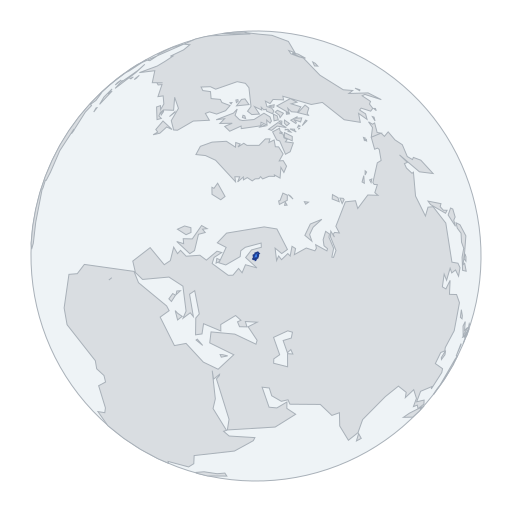 Central Finland on an orthographic globe, rotated 32°
{"feature_id": "FIN-3177", "entity_name": "Central Finland", "entity_type": "Province", "adm_level": 1, "iso_a3": "FIN", "parent_name": "Finland", "parent_adm1": "", "projection": "orthographic", "projection_center": [25.479, 62.526], "detail": "medium", "context": "on_globe", "style": "filled", "palette": "blue", "viewbox_px": 512, "rotation_deg": 32, "n_neighbors": 0, "source": "natural_earth", "source_scale": "10m", "svg_char_len": 12175}
<svg xmlns="http://www.w3.org/2000/svg" viewBox="0 0 512 512"><g transform="rotate(32 256 256)"><circle cx="256" cy="256" r="225" fill="#eef3f6" stroke="#a8b0b8"/><path d="M50.3,164.1L54.1,156.2L89.7,104.0L96.1,97.4L100.4,93.6L133.6,70.6L109.3,85.4L118.2,78.3L129.2,71.1L127.9,72.5L141.8,65.9L152.6,60.4L169.8,56.9L181.3,62.9L174.9,64.4L178.4,66.0L186.6,64.4L191.2,63.0L214.4,68.8L241.9,68.8L250.3,64.4L248.6,69.0L264.6,58.3L279.4,57.0L262.7,61.3L261.1,63.9L271.2,64.2L271.7,67.0L276.8,68.9L276.5,72.4L266.8,74.9L266.5,77.3L273.6,77.4L277.8,81.3L267.4,80.7L273.6,87.4L258.6,93.7L230.9,90.6L222.6,98.2L194.1,106.3L196.7,109.0L187.5,114.2L187.1,119.3L181.9,119.7L186.1,123.5L190.9,122.3L194.3,123.6L194.6,126.6L188.0,127.5L186.9,126.1L185.1,127.9L181.7,127.1L183.5,129.2L175.5,130.1L183.7,133.8L177.5,138.3L172.1,137.7L172.5,131.8L160.8,117.0L155.5,115.2L147.7,118.1L133.4,135.9L127.6,136.6L119.9,141.8L123.2,143.9L130.3,140.7L134.5,146.3L142.8,142.1L145.7,143.9L154.3,142.2L153.2,148.9L147.4,156.5L140.2,158.4L137.5,161.9L144.5,165.6L131.3,174.8L122.8,190.9L119.4,192.8L112.4,186.1L112.0,171.9L102.9,164.5L108.9,176.1L100.2,181.1L98.8,184.8L99.4,188.7L102.8,189.5L99.8,192.8L92.7,182.3L95.3,179.1L97.5,182.4L97.3,175.9L92.4,169.4L88.4,172.8L85.4,160.4L82.4,162.8L80.1,161.6L85.0,158.6L76.2,164.0L72.0,152.5L59.9,162.3L71.6,147.2L75.7,139.2L79.6,130.6L77.5,131.9L85.4,119.5L87.9,111.9L82.1,114.8L74.0,124.0L65.9,136.8L66.6,137.7L62.5,146.6L58.7,148.1L50.4,166.2L47.3,171.2L44.0,179.8L41.5,187.5L38.4,198.2L38.5,200.7L37.8,209.0L35.3,215.0L36.8,215.6L35.0,224.4L34.9,245.7L34.3,245.4L33.8,270.7L37.3,293.9L38.0,303.0L37.2,303.3L39.3,311.2L39.4,313.1L51.3,344.1L60.4,363.2L62.1,369.1L58.6,364.6L50.9,349.3L44.4,333.3L39.1,317.0L35.1,300.2L32.4,283.3L30.9,266.1L30.8,248.9L32.0,231.8L34.5,214.8L38.3,198.0L39.4,194.3L41.1,188.6L41.3,187.8L50.3,164.1ZM56.9,164.2L47.7,188.5L49.7,177.7L49.9,179.0L52.9,172.2L57.5,161.2L60.1,152.4L56.9,164.2ZM59.9,168.4L61.3,164.6L60.4,168.0L59.9,168.4ZM193.2,62.0L186.7,64.1L179.1,64.7L184.4,62.5L193.2,62.0ZM207.8,62.2L204.9,63.8L201.3,61.4L204.0,61.2L207.8,62.2ZM256.3,60.9L251.0,61.2L256.0,60.0L256.3,60.9ZM277.6,68.5L279.0,67.6L281.0,69.0L277.6,68.5ZM154.3,138.6L154.3,140.3L152.7,139.8L154.3,138.6ZM158.1,136.3L156.3,134.4L157.8,133.0L158.9,134.2L158.1,136.3ZM282.5,75.7L285.4,78.4L280.8,76.1L282.5,75.7ZM159.9,139.0L160.7,130.9L163.4,128.6L169.8,131.3L159.9,139.0ZM286.1,80.3L293.3,87.1L297.0,85.5L290.8,94.2L286.7,85.3L280.3,82.6L285.0,82.5L286.1,80.3ZM192.3,120.6L187.2,122.1L191.3,118.1L192.3,120.6ZM194.1,117.7L201.7,104.3L209.3,103.8L205.2,108.3L215.0,105.7L215.0,112.1L209.6,114.9L204.7,113.9L208.5,117.2L194.1,117.7ZM286.2,98.1L286.5,100.3L284.3,98.5L286.2,98.1ZM196.0,123.8L196.9,121.1L203.6,120.4L203.1,125.9L201.1,124.3L196.0,123.8ZM217.6,102.0L222.4,102.6L223.8,107.9L225.9,108.9L215.7,112.2L217.6,102.0ZM199.7,126.0L202.7,128.7L199.7,131.8L195.6,126.5L199.7,126.0ZM205.5,118.0L208.7,118.0L206.7,119.7L205.5,118.0ZM190.9,144.7L191.7,141.2L195.3,140.5L190.9,144.7ZM204.0,129.5L205.0,128.5L206.5,127.9L207.8,130.3L204.0,129.5ZM217.3,115.8L216.9,117.9L221.6,114.7L222.8,118.7L215.7,120.2L219.3,121.2L219.6,122.5L213.5,122.4L217.3,115.8ZM213.7,131.0L205.1,134.6L202.7,141.2L199.5,141.9L203.9,131.2L213.7,131.0ZM214.1,125.9L213.1,129.2L209.6,128.3L208.1,125.6L214.1,125.9ZM226.1,120.9L226.1,114.4L227.6,114.3L226.1,120.9ZM213.6,133.0L215.7,132.1L213.9,133.6L213.6,133.0ZM223.1,124.8L222.8,122.4L224.6,122.4L223.1,124.8ZM220.0,132.4L217.2,133.5L216.1,131.6L220.0,132.4ZM222.0,129.0L224.4,129.5L217.4,130.3L221.6,128.0L222.0,129.0ZM224.8,125.1L225.7,124.3L224.6,126.1L224.8,125.1ZM225.7,139.1L217.2,140.4L214.7,136.2L223.4,135.4L225.7,139.1ZM220.3,478.4L220.2,478.4L204.4,471.7L210.8,469.0L208.8,464.6L191.3,449.4L195.2,442.6L190.4,437.9L180.7,436.1L175.2,429.9L169.3,427.8L132.2,414.4L120.8,401.7L107.1,370.7L113.8,365.7L114.9,354.1L160.7,333.7L170.5,340.9L206.7,345.7L211.3,348.4L207.1,358.6L234.3,375.2L243.0,367.2L267.6,373.9L283.9,372.1L289.5,351.5L262.8,354.2L258.1,344.2L279.4,333.5L302.7,330.8L301.6,326.9L286.8,320.2L292.1,311.5L281.7,317.2L285.9,320.9L279.5,324.7L275.2,321.6L277.3,318.5L270.2,317.3L262.4,332.8L265.9,338.2L247.4,341.2L251.5,350.7L246.5,354.9L237.8,340.5L238.6,335.2L222.4,317.9L219.9,323.6L235.0,340.6L230.3,339.0L227.1,347.5L225.9,339.8L210.0,320.3L193.3,320.0L172.2,336.0L162.5,333.9L154.2,325.6L161.8,305.0L182.8,312.0L185.8,305.3L181.5,292.1L188.2,295.6L189.0,291.2L196.9,293.2L208.0,285.1L216.1,285.8L220.4,272.6L225.1,271.2L221.2,279.4L222.8,285.6L242.7,287.1L246.6,284.5L247.8,275.8L253.1,277.6L251.7,269.0L263.1,265.6L248.0,262.8L249.0,253.2L255.9,245.8L253.5,242.3L242.3,254.3L240.3,259.6L242.9,264.9L235.1,279.6L228.2,281.4L226.1,264.5L216.2,265.3L218.9,252.2L247.5,227.0L259.4,222.0L279.2,233.8L276.5,240.3L268.0,239.2L275.9,249.0L275.2,244.0L279.6,245.6L281.7,237.1L285.0,237.9L281.4,228.7L285.6,228.7L287.8,234.5L294.4,222.6L303.2,220.4L303.1,217.4L300.6,214.8L313.4,214.1L312.8,211.9L308.3,211.3L304.3,206.6L302.0,198.2L306.6,198.4L308.0,201.5L317.8,208.4L320.9,216.8L322.5,216.1L320.9,208.9L309.0,200.3L306.3,195.3L312.5,198.4L310.0,196.8L310.1,194.4L314.5,192.3L308.0,188.5L303.1,162.7L311.1,156.4L317.1,161.8L318.5,145.0L327.3,139.9L323.2,139.3L321.1,131.2L318.3,132.7L316.2,131.8L309.5,112.7L311.5,108.7L304.0,100.3L301.9,100.1L300.0,102.6L290.8,94.2L297.0,85.5L301.5,86.5L302.3,80.7L312.4,83.9L321.1,84.1L331.6,91.5L337.6,91.3L337.2,89.0L345.0,87.4L362.5,92.2L350.0,98.0L324.1,94.2L334.8,96.4L332.9,99.0L337.0,101.7L344.5,103.2L345.1,101.5L359.5,120.6L378.5,132.3L376.0,123.4L380.1,120.4L399.5,127.5L425.4,157.4L431.1,155.1L435.2,157.8L438.5,165.8L432.6,162.1L431.0,166.6L427.1,163.5L430.5,175.6L425.2,171.7L430.4,183.4L434.5,183.3L433.5,173.8L440.4,186.0L446.5,182.4L453.3,187.8L463.7,214.4L465.0,233.3L466.4,236.3L463.8,240.0L465.1,252.2L473.9,252.7L475.3,256.4L475.1,275.9L474.3,273.6L467.3,283.5L469.5,294.5L474.9,289.1L476.9,292.6L474.3,299.6L471.8,297.0L469.3,300.3L467.5,291.7L460.6,285.8L457.7,297.0L455.6,292.0L445.7,290.9L440.2,306.7L433.1,338.2L436.1,351.8L432.0,363.3L417.1,355.8L409.8,344.7L404.8,351.0L389.2,347.8L363.3,363.7L359.3,361.0L354.5,365.8L343.4,366.2L337.2,360.9L330.7,364.0L347.2,377.3L354.2,373.8L359.6,363.4L362.9,368.9L373.5,369.2L362.9,390.9L323.9,418.7L319.7,408.8L287.6,381.2L288.3,376.9L288.2,376.4L287.8,375.6L285.3,382.9L279.6,376.4L297.2,398.7L300.4,408.1L323.4,419.5L321.4,421.8L328.6,422.9L351.3,410.6L351.6,414.0L341.1,432.8L309.3,458.0L313.3,465.1L310.6,470.6L290.3,476.8L291.6,478.1L281.1,479.8L280.5,479.9L260.4,481.2L240.3,480.7L220.3,478.4ZM145.2,350.8L144.0,354.2L144.0,354.3L145.2,350.8ZM327.8,337.6L341.5,333.2L334.5,322.1L339.2,319.6L335.1,316.9L333.9,321.4L323.8,313.3L329.4,306.9L327.3,301.3L322.6,302.6L314.0,315.7L328.4,327.2L325.6,333.8L327.8,337.6ZM35.0,246.3L34.7,250.1L34.4,246.6L35.0,246.3ZM48.4,178.2L47.2,182.5L46.0,185.6L46.6,182.6L48.4,178.2ZM42.6,214.5L42.1,219.9L41.9,215.1L42.6,214.5ZM46.6,192.3L43.0,210.3L42.8,201.8L45.4,190.6L44.6,197.0L46.6,192.3ZM57.1,169.1L56.0,172.1L55.2,172.2L57.1,169.1ZM59.3,170.9L59.5,169.9L60.7,167.9L59.3,170.9ZM100.6,181.7L101.1,182.6L100.9,186.7L99.5,185.3L100.6,181.7ZM109.4,202.8L104.5,207.7L107.0,203.0L104.0,201.8L105.6,190.8L117.8,193.2L111.9,193.9L109.4,202.8ZM111.1,177.2L108.7,183.6L110.8,176.5L111.1,177.2ZM185.8,266.5L188.4,270.5L185.4,275.0L175.2,274.9L179.5,268.4L185.8,266.5ZM192.9,275.3L193.7,259.0L200.1,258.7L196.4,261.6L200.5,263.0L195.7,268.1L201.0,284.0L198.6,289.1L181.1,285.7L188.1,283.9L185.1,279.9L192.9,275.3ZM184.5,220.9L184.9,214.6L198.2,221.9L196.3,227.0L186.0,227.0L182.2,221.1L184.5,220.9ZM171.1,145.8L170.4,143.5L172.2,143.1L174.3,144.9L171.1,145.8ZM191.0,143.1L176.0,155.8L174.5,153.7L167.6,164.1L160.8,162.7L165.5,156.0L155.1,162.8L156.6,156.2L150.0,161.6L161.2,146.7L162.2,141.3L163.7,147.8L169.9,149.2L172.9,148.2L182.0,141.3L187.1,130.7L194.1,130.6L197.6,133.4L197.5,135.9L193.0,135.1L196.0,139.1L189.4,139.9L191.0,143.1ZM235.4,170.4L230.2,167.7L235.1,177.2L228.6,177.5L229.6,178.6L224.8,181.5L220.8,187.1L217.8,186.3L217.5,188.9L214.4,191.0L213.0,194.3L207.1,194.1L205.0,198.1L203.4,195.7L201.2,202.9L200.2,197.5L196.1,200.0L199.3,203.9L171.0,196.2L159.9,197.6L151.3,201.8L150.7,192.5L158.4,182.7L170.1,174.4L180.9,174.6L178.7,170.5L183.2,169.4L183.0,173.1L185.9,166.9L189.6,167.0L200.0,160.5L201.9,151.8L205.7,149.3L206.8,152.9L209.9,148.0L214.5,153.1L217.4,151.5L224.9,155.1L225.3,163.1L228.5,160.7L234.3,163.6L235.4,170.4ZM227.7,140.3L229.7,149.4L227.1,154.1L215.2,145.9L212.0,146.6L204.3,141.9L208.2,135.2L210.1,137.2L212.8,137.5L210.5,139.4L214.3,138.2L217.0,140.9L220.7,140.7L220.4,143.6L227.7,140.3ZM216.4,345.1L219.9,346.1L225.4,346.3L223.4,351.8L216.4,345.1ZM205.3,332.0L208.5,331.9L208.4,339.4L204.8,338.5L205.3,332.0ZM210.3,325.5L208.7,331.3L207.4,327.6L210.3,325.5ZM224.1,278.8L227.5,278.3L227.8,280.3L225.9,283.2L224.1,278.8ZM248.5,199.9L246.0,197.3L247.0,196.1L245.5,188.4L250.3,187.8L253.0,192.2L248.5,199.9ZM284.9,355.7L280.2,360.2L277.8,358.6L279.9,357.4L284.9,355.7ZM250.3,357.6L258.2,360.1L249.7,359.0L250.3,357.6ZM253.4,197.9L252.3,194.8L255.4,196.4L253.4,197.9ZM253.6,186.9L257.3,188.1L250.7,186.8L253.6,186.9ZM347.9,458.1L331.3,468.3L321.0,471.6L319.7,471.4L326.3,466.5L338.5,461.2L344.6,456.6L347.9,458.1ZM476.6,301.6L474.3,309.6L466.5,314.7L469.4,308.0L476.6,296.1L476.3,299.0L478.0,294.0L477.3,298.0L476.6,301.6ZM480.0,279.5L479.8,278.0L480.0,272.6L480.5,267.7L479.5,237.7L479.8,233.4L480.8,243.7L480.9,242.6L481.2,261.1L480.0,279.5ZM437.1,352.2L441.9,354.9L439.2,359.6L437.1,352.2ZM476.9,222.5L478.8,235.0L476.3,221.7L476.9,222.5ZM474.0,212.5L475.1,214.3L474.3,215.4L474.0,212.5ZM468.6,239.7L468.1,245.5L467.0,244.0L466.9,235.7L468.6,239.7ZM458.6,192.7L462.7,197.4L464.0,200.1L461.8,199.7L458.6,192.7ZM292.4,190.0L289.2,201.3L290.1,209.4L295.5,213.8L286.5,212.6L285.1,200.1L292.4,190.0ZM301.3,165.9L296.5,162.4L299.4,160.9L300.9,161.5L301.3,165.9ZM297.8,165.9L290.4,167.3L288.3,163.4L294.6,163.1L297.8,165.9ZM272.0,182.5L270.7,185.8L268.2,184.3L272.0,182.5ZM476.9,211.6L476.9,213.8L478.1,220.7L474.7,204.4L475.4,205.0L476.9,211.6ZM475.2,208.4L476.4,214.8L474.5,206.4L475.2,208.4ZM476.1,214.8L475.1,212.8L474.7,209.1L476.1,214.8ZM474.8,205.8L472.7,200.4L473.5,201.0L474.8,205.8ZM472.3,208.6L473.4,204.3L473.8,213.7L468.7,205.7L468.2,200.7L472.3,208.6ZM436.8,149.2L434.0,148.1L432.1,143.4L434.5,145.4L436.8,149.2ZM423.3,127.7L430.7,141.8L436.2,153.7L436.8,151.6L442.3,157.5L438.8,158.7L431.4,147.8L428.1,139.4L423.0,135.4L417.8,128.0L411.9,125.7L408.1,121.8L412.4,121.4L423.3,127.7ZM409.4,125.1L397.2,119.4L395.6,112.2L398.0,111.9L404.2,117.4L404.7,120.8L409.4,125.1ZM393.8,116.0L394.1,119.3L376.8,119.9L372.8,118.3L385.1,113.6L386.1,116.6L390.6,117.9L393.8,116.0ZM288.9,99.9L286.7,100.2L287.8,98.6L288.9,99.9ZM314.7,132.8L312.0,131.3L313.4,129.3L314.7,132.8ZM305.3,126.2L305.6,129.5L303.4,125.9L305.3,126.2ZM306.7,137.0L304.8,130.7L309.3,136.9L306.7,137.0Z" fill="#d9dde1" stroke="#a8b0b8" stroke-width="1"/><path d="M257.2,252.3L257.1,252.7L257.2,253.2L257.2,253.3L257.2,253.5L257.5,254.0L257.3,254.0L257.5,254.2L257.5,254.3L257.3,254.3L257.0,254.4L257.3,254.7L257.2,254.7L257.2,254.8L257.6,255.1L257.9,255.1L258.0,255.5L257.8,256.0L258.0,256.2L258.2,256.3L258.2,256.5L258.3,256.6L258.2,256.7L258.2,256.8L258.1,257.2L257.9,257.0L257.7,257.2L257.6,257.3L257.4,257.5L257.7,258.1L257.6,258.3L257.6,258.5L257.7,258.8L257.9,259.2L257.9,259.5L257.7,259.4L257.6,259.6L257.5,259.4L257.2,259.5L257.1,259.4L257.1,259.2L256.9,259.0L256.8,258.9L256.8,259.0L256.7,259.0L256.7,258.9L256.5,259.3L256.4,259.2L256.2,259.3L256.0,259.9L255.9,260.1L255.0,260.2L255.0,259.9L254.9,259.8L254.9,259.7L254.8,259.8L254.7,259.6L254.8,259.4L255.0,259.5L255.0,259.4L255.0,259.2L255.0,258.9L255.0,258.4L254.9,257.9L254.7,257.9L254.5,257.6L254.3,257.3L254.2,257.3L253.9,257.4L253.7,257.0L253.4,256.9L253.3,256.7L253.6,256.2L253.9,256.2L254.0,256.1L254.3,255.9L254.3,255.7L254.0,254.7L254.0,254.4L253.9,254.1L253.8,253.9L254.0,253.7L254.3,253.5L254.7,253.6L254.7,253.2L254.8,253.0L254.8,252.7L255.0,252.5L255.3,252.3L255.4,251.9L255.6,251.8L255.8,251.8L256.0,252.0L256.5,252.1L256.8,252.4L257.2,252.3Z" fill="#3b82f6" stroke="#1e3a8a" stroke-width="1.5"/></g></svg>